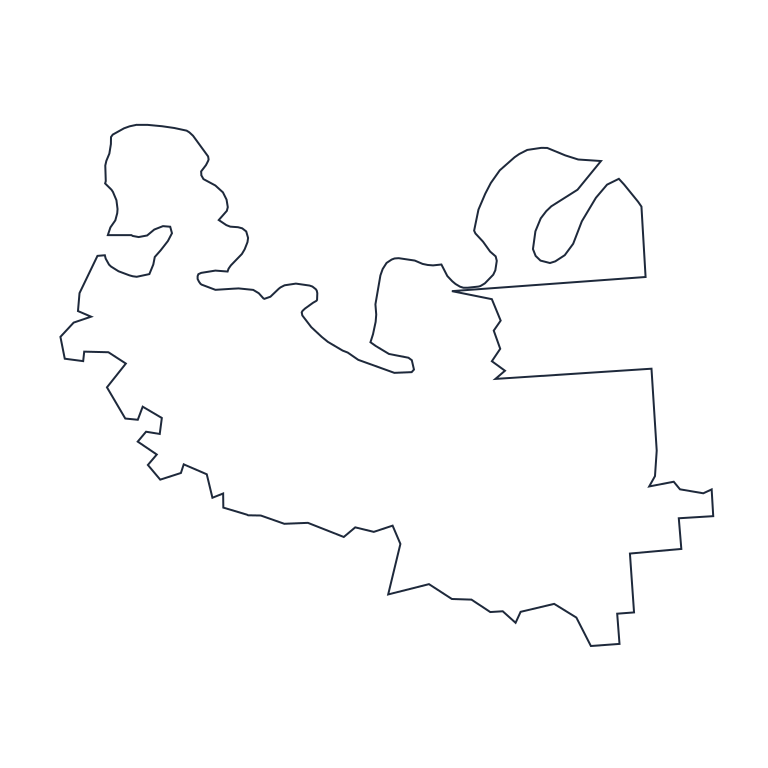 Warren, Mississippi, United States of America, rotated 86°
{"feature_id": "52423323B35376266327581", "entity_name": "Warren", "entity_type": "district", "adm_level": 2, "iso_a3": "USA", "parent_name": "United States of America", "parent_adm1": "Mississippi", "projection": "equal_earth", "projection_center": [-90.955, 32.349], "detail": "fine", "context": "isolated", "style": "outline", "palette": "slate", "viewbox_px": 768, "rotation_deg": 86, "n_neighbors": 0, "source": "geoboundaries", "source_scale": "gbopen_adm2", "svg_char_len": 3267}
<svg xmlns="http://www.w3.org/2000/svg" viewBox="0 0 768 768"><g transform="rotate(86 384 384)"><path d="M236.1,653.5L236.2,660.9L272.1,681.4L289.9,684.2L296.4,671.5L301.1,689.3L314.4,703.5L336.5,700.7L340.2,682.5L330.8,680.8L333.1,656.7L345.6,640.1L368.0,660.6L400.4,644.5L402.5,632.1L389.8,626.3L402.4,608.0L418.2,611.2L415.0,624.7L424.3,633.7L438.5,615.6L448.3,625.2L463.8,613.9L458.6,592.8L450.2,589.4L461.7,567.1L485.5,563.1L482.0,552.1L496.1,552.9L504.8,529.8L505.5,528.7L506.6,516.1L516.5,493.2L517.2,469.6L533.8,434.8L525.0,422.7L530.8,404.5L525.9,385.3L544.7,378.8L594.2,394.5L586.8,353.1L603.2,331.3L605.2,311.8L618.9,293.9L619.0,281.4L631.4,269.4L620.8,263.6L615.2,229.6L630.4,208.4L659.8,195.9L659.7,167.2L629.4,167.4L629.3,150.5L570.3,150.5L569.5,110.4L569.3,98.9L538.5,99.3L538.8,64.8L512.0,64.5L515.3,73.1L509.7,96.1L501.7,101.8L504.7,126.6L494.8,120.1L469.5,116.6L387.4,116.1L386.7,272.5L379.2,262.4L368.8,274.8L357.0,265.6L338.4,270.8L328.9,263.2L306.9,270.5L296.1,309.8L295.5,115.6L225.0,114.8L219.8,117.9L202.0,130.4L201.6,130.7L195.7,135.4L200.7,147.6L213.0,159.6L235.5,175.3L257.3,185.5L268.1,194.7L273.6,204.6L274.9,210.0L271.8,219.3L266.8,223.8L259.8,226.0L242.2,222.3L229.7,216.1L222.9,210.1L218.4,204.7L203.7,177.4L176.7,152.0L173.6,174.6L168.6,187.2L159.9,204.7L159.4,210.7L160.5,224.8L164.0,233.0L166.9,237.9L178.9,253.6L190.9,263.4L201.2,269.7L216.6,277.6L237.3,283.4L240.2,282.3L248.9,275.3L259.3,268.9L264.5,263.7L269.0,262.9L278.3,265.0L282.6,267.4L290.6,276.3L291.5,278.0L293.0,281.0L293.4,283.0L293.8,293.7L293.5,298.1L292.2,301.4L289.2,305.7L286.2,308.8L280.7,313.3L268.8,318.4L269.1,326.8L268.3,332.1L266.9,337.1L263.0,344.7L259.5,360.6L259.5,364.7L260.4,367.7L263.4,373.0L269.2,377.3L275.4,380.0L303.9,387.0L314.2,386.9L321.4,388.0L333.6,391.5L341.4,394.6L345.5,389.6L354.4,376.9L359.5,357.8L362.2,354.6L371.7,353.1L374.1,355.6L373.6,372.9L358.1,408.0L350.1,418.0L347.8,422.9L338.1,437.0L332.7,442.8L322.2,452.6L309.9,460.7L306.8,461.1L305.3,460.1L303.2,457.5L298.0,449.1L296.3,445.6L295.4,444.9L288.7,444.2L286.1,444.6L284.7,445.4L281.8,448.6L280.6,451.4L277.7,464.9L278.6,476.3L280.4,480.5L281.6,482.3L289.0,491.2L290.7,497.4L290.2,498.3L284.7,502.6L281.0,507.9L278.5,522.4L278.4,528.5L278.3,545.6L272.1,559.1L271.2,560.1L268.9,561.5L268.6,561.6L266.2,562.6L263.4,562.4L261.5,561.5L260.4,558.6L259.1,544.3L260.9,532.2L258.1,531.0L255.0,528.5L244.4,516.7L239.9,513.6L233.0,510.3L228.8,509.4L222.2,510.8L218.8,514.6L217.4,518.7L216.3,526.4L214.5,530.2L208.9,537.4L200.3,528.7L196.7,527.5L189.1,528.2L181.6,531.3L174.2,538.4L167.0,549.8L163.0,551.7L162.1,551.6L159.2,551.6L153.2,546.3L149.2,543.9L147.7,543.3L144.7,543.6L123.0,557.2L119.4,560.6L117.5,563.2L114.0,575.3L111.4,587.3L109.0,601.8L108.2,612.8L109.2,619.8L110.8,625.5L116.3,637.2L118.6,639.1L125.6,639.7L135.0,641.9L142.0,645.4L146.6,646.8L162.2,647.4L164.5,648.2L171.2,642.3L173.5,641.0L182.0,638.1L190.9,637.6L195.0,638.2L202.0,640.6L208.7,646.0L216.2,649.1L217.9,625.6L218.8,624.3L220.3,618.5L219.3,609.9L213.9,602.4L211.1,593.5L212.2,586.3L218.8,585.0L226.3,589.6L235.1,597.5L241.3,603.8L248.7,605.8L258.0,610.4L259.8,623.2L259.0,627.1L257.8,630.5L253.0,641.0L247.8,648.1L245.7,650.0L239.5,652.9L236.1,653.5Z" fill="none" stroke="#1e293b" stroke-width="2"/></g></svg>